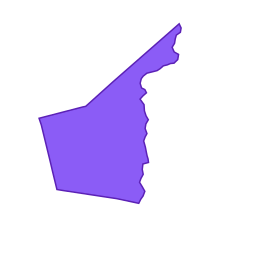 Jaramataia, Alagoas, Brazil, rotated 335°
{"feature_id": "56859067B61985123547566", "entity_name": "Jaramataia", "entity_type": "district", "adm_level": 2, "iso_a3": "BRA", "parent_name": "Brazil", "parent_adm1": "Alagoas", "projection": "robinson", "projection_center": [-36.959, -9.661], "detail": "fine", "context": "isolated", "style": "filled", "palette": "violet", "viewbox_px": 256, "rotation_deg": 335, "n_neighbors": 0, "source": "geoboundaries", "source_scale": "gbopen_adm2", "svg_char_len": 867}
<svg xmlns="http://www.w3.org/2000/svg" viewBox="0 0 256 256"><g transform="rotate(335 128 128)"><path d="M105.9,200.8L109.4,198.0L112.9,196.0L116.5,192.5L116.1,187.3L115.5,182.1L118.3,179.3L122.2,176.4L123.4,171.6L126.3,166.9L132.0,167.9L133.1,164.5L133.6,161.0L134.6,156.9L135.7,152.5L136.7,146.4L139.8,143.3L142.8,141.1L143.3,135.7L145.9,131.9L149.9,129.1L149.5,124.6L150.1,119.5L152.4,113.6L151.1,106.9L155.4,105.1L159.6,103.9L159.5,100.3L157.2,97.4L157.9,92.6L160.9,88.9L163.7,87.4L168.3,86.3L174.4,87.5L178.7,88.3L182.2,87.8L186.3,86.6L190.3,87.4L193.7,87.5L197.1,88.7L202.0,87.0L204.9,82.7L202.0,78.6L202.1,73.5L206.0,70.9L208.5,67.2L211.1,64.2L215.9,63.4L218.4,59.8L218.4,55.2L134.2,79.7L98.8,90.5L95.9,89.8L51.5,81.6L50.7,88.7L43.4,125.2L41.2,135.8L37.6,153.7L42.7,157.2L88.0,187.3L105.9,200.8Z" fill="#8b5cf6" stroke="#5b21b6" stroke-width="1.5"/></g></svg>